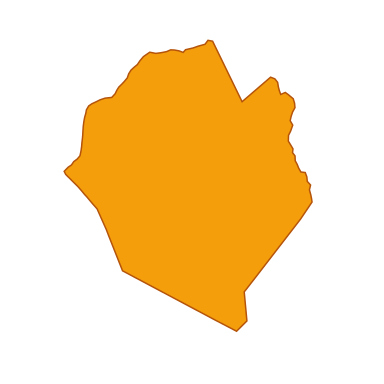 the district of Nossa Senhora dos Remédios, Piauí, Brazil, rotated 167°
{"feature_id": "56859067B87957430353359", "entity_name": "Nossa Senhora dos Remédios", "entity_type": "district", "adm_level": 2, "iso_a3": "BRA", "parent_name": "Brazil", "parent_adm1": "Piauí", "projection": "mercator", "projection_center": [-42.607, -4.016], "detail": "fine", "context": "isolated", "style": "filled", "palette": "amber", "viewbox_px": 384, "rotation_deg": 167, "n_neighbors": 0, "source": "geoboundaries", "source_scale": "gbopen_adm2", "svg_char_len": 1402}
<svg xmlns="http://www.w3.org/2000/svg" viewBox="0 0 384 384"><g transform="rotate(167 192 192)"><path d="M302.1,223.2L299.0,217.4L297.3,213.9L295.5,210.8L293.8,207.4L291.1,202.1L288.3,197.0L283.9,174.4L283.0,167.9L277.4,130.8L198.7,62.4L179.9,46.3L167.5,54.0L163.6,82.9L149.7,94.2L95.1,138.9L92.3,141.2L77.3,155.2L77.0,158.8L76.9,162.8L77.1,167.7L74.9,172.1L77.3,176.4L76.7,180.8L77.3,185.5L81.4,187.0L82.7,191.3L83.3,195.3L84.4,199.2L83.5,204.0L85.2,207.7L83.9,211.3L85.2,215.4L86.7,219.9L85.2,225.5L82.1,229.3L78.8,234.5L80.3,239.4L78.5,243.2L76.0,247.3L72.7,251.0L72.1,255.4L72.4,260.1L76.1,265.0L78.7,268.0L83.6,267.1L84.1,271.1L84.2,275.0L83.9,279.6L85.8,283.6L89.6,286.2L122.9,268.7L138.0,334.3L142.3,336.2L146.1,333.0L153.3,332.7L158.5,332.1L162.1,332.1L166.3,332.1L169.2,330.0L173.0,332.5L177.2,334.3L180.8,335.3L185.3,334.5L191.1,334.7L196.1,335.2L201.7,337.7L208.8,334.9L213.2,331.6L216.5,328.5L220.1,326.7L224.0,324.5L227.1,321.4L229.4,317.7L233.4,314.7L236.6,312.6L239.7,310.7L242.4,308.0L244.8,305.0L248.9,302.2L255.6,303.0L260.8,302.5L265.4,301.4L269.7,300.5L273.3,299.1L276.4,295.8L277.8,292.5L279.7,289.1L281.5,285.0L283.2,280.4L284.5,276.1L285.7,271.9L286.8,268.6L288.2,264.7L289.3,261.2L290.9,257.0L293.0,252.5L296.3,250.0L300.4,248.2L303.3,245.5L307.1,244.0L311.9,240.9L311.1,237.5L308.9,234.0L305.2,228.1L302.1,223.2Z" fill="#f59e0b" stroke="#b45309" stroke-width="1.5"/></g></svg>